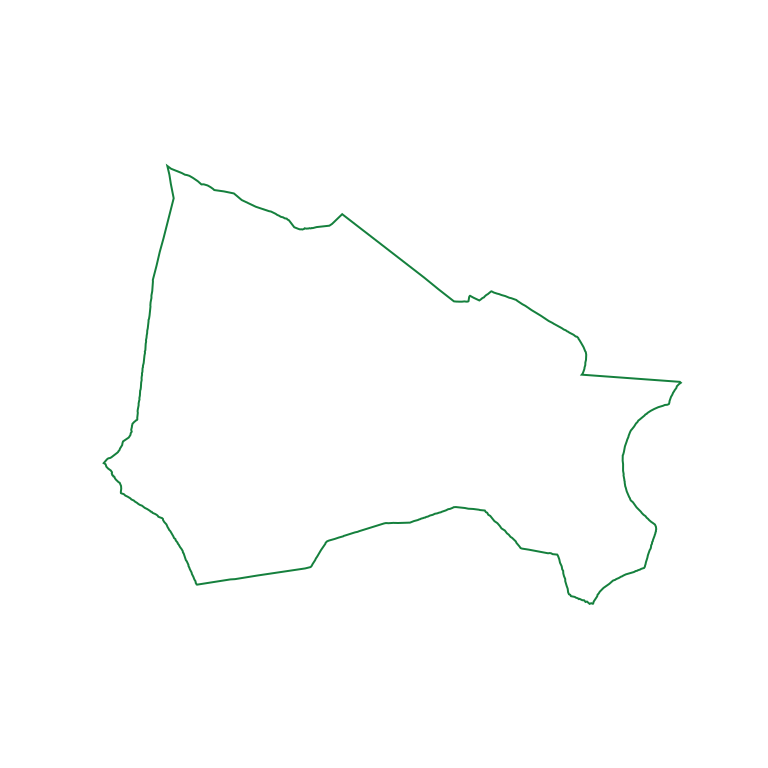 outline of Koumpentoum, Tambacounda, Senegal, rotated 258°
{"feature_id": "50182788B60464160168835", "entity_name": "Koumpentoum", "entity_type": "district", "adm_level": 2, "iso_a3": "SEN", "parent_name": "Senegal", "parent_adm1": "Tambacounda", "projection": "orthographic", "projection_center": [-14.431, 14.084], "detail": "fine", "context": "isolated", "style": "outline", "palette": "green", "viewbox_px": 768, "rotation_deg": 258, "n_neighbors": 0, "source": "geoboundaries", "source_scale": "gbopen_adm2", "svg_char_len": 6152}
<svg xmlns="http://www.w3.org/2000/svg" viewBox="0 0 768 768"><g transform="rotate(258 384 384)"><path d="M642.3,217.4L633.3,217.6L624.1,217.1L609.4,216.9L572.3,198.6L560.0,192.2L547.0,186.1L533.8,179.5L532.3,179.3L523.0,176.6L518.9,174.9L516.5,174.4L512.5,172.7L509.5,171.8L508.4,171.7L499.7,168.9L496.6,167.7L495.6,167.0L494.2,166.7L487.6,164.5L485.4,163.5L483.0,162.9L480.9,162.0L478.6,161.3L476.4,160.3L474.8,160.1L473.0,159.3L466.7,157.6L465.5,156.8L464.1,156.7L461.9,155.7L454.5,153.3L451.7,151.9L450.7,151.8L449.6,151.1L446.1,150.2L444.9,149.5L443.0,149.2L442.3,148.8L440.3,148.1L438.3,147.8L436.0,146.8L431.3,145.5L429.3,144.8L428.2,144.1L423.4,142.8L421.1,141.8L419.6,141.6L418.3,140.9L415.9,139.9L414.3,139.6L409.8,137.7L408.5,137.3L407.0,137.2L402.2,135.6L400.8,135.4L400.3,135.1L399.9,133.7L399.6,133.4L398.9,131.9L397.4,129.7L396.2,129.2L395.4,128.7L394.7,128.6L391.7,127.2L389.8,127.3L388.5,126.0L386.9,125.4L384.7,123.2L382.1,116.8L380.5,115.9L378.7,115.2L375.8,112.4L374.1,111.3L373.5,110.3L372.8,109.8L372.2,108.8L369.0,102.1L368.6,100.8L368.6,99.0L368.4,98.3L367.8,97.2L364.9,93.4L363.5,94.9L362.5,95.1L360.9,95.2L358.6,96.6L356.2,98.8L354.2,99.6L353.0,99.1L352.4,99.3L351.7,99.2L350.8,99.6L350.6,100.2L349.7,100.2L349.1,101.0L347.7,101.2L346.2,101.9L343.1,104.0L342.4,104.9L338.9,105.6L336.2,105.2L333.0,104.1L332.0,104.0L331.6,104.4L330.6,106.2L330.0,106.9L328.7,107.7L327.0,109.9L325.5,111.5L324.8,112.2L323.6,112.9L322.0,115.1L320.9,115.8L318.9,117.9L317.8,118.7L316.4,120.2L315.3,122.0L312.6,124.2L310.9,126.4L308.4,128.9L307.7,129.2L307.3,130.2L306.1,130.8L304.4,133.2L303.3,134.4L302.2,135.3L301.2,135.6L300.5,136.5L298.9,139.1L298.0,139.7L296.9,139.6L294.8,140.3L291.9,142.0L288.5,142.7L287.5,143.2L286.2,143.4L284.5,144.4L278.7,146.3L277.0,146.6L275.7,147.7L274.2,147.8L271.8,149.1L270.8,149.1L269.6,149.8L266.9,150.6L264.8,151.6L262.4,152.4L260.9,152.3L260.1,152.8L252.8,153.6L251.7,154.2L247.7,155.1L246.7,154.9L244.8,155.4L243.2,155.6L239.6,156.6L238.1,156.6L235.2,157.4L232.1,157.9L230.3,158.6L228.5,158.5L227.9,158.8L226.9,159.0L226.6,159.4L224.8,193.1L224.1,197.7L223.0,220.2L220.0,268.5L220.2,274.1L221.0,275.3L222.8,276.8L226.0,280.0L227.5,281.1L228.9,282.6L234.7,287.9L239.9,293.4L240.8,293.9L241.9,295.5L242.3,297.5L242.7,303.6L243.2,307.8L243.5,312.5L243.8,313.1L243.9,314.6L244.9,324.8L244.9,327.5L245.2,329.1L247.6,355.0L247.6,356.9L246.9,359.5L246.2,364.3L245.1,368.9L243.0,380.6L243.7,384.8L243.9,388.9L244.2,390.0L244.3,391.4L244.6,392.3L244.7,394.7L244.9,395.4L244.8,396.6L245.2,397.6L245.2,399.4L245.8,401.6L245.9,404.5L246.5,406.8L246.4,409.2L246.7,411.0L246.7,412.9L247.0,413.9L247.5,418.2L248.2,420.8L248.1,422.5L248.6,425.4L249.0,426.5L248.7,428.7L245.9,437.3L244.5,440.5L243.2,445.3L241.3,450.7L240.7,451.8L239.3,456.3L237.5,457.0L236.6,458.2L234.4,458.8L232.9,460.5L226.9,463.5L224.3,466.0L221.0,467.8L218.3,468.9L215.5,471.8L212.4,473.2L210.7,474.7L208.1,476.0L206.9,477.3L202.6,480.2L201.1,480.5L197.0,482.7L195.1,483.5L194.3,484.8L191.9,491.1L184.3,509.3L184.2,510.9L183.7,512.2L182.5,513.6L181.1,518.0L179.5,518.5L176.1,519.0L172.6,519.0L168.8,519.9L165.6,519.8L164.0,520.4L161.5,520.0L158.7,520.1L155.6,520.7L153.4,520.3L148.4,520.7L145.6,521.1L141.9,520.8L139.9,521.2L139.1,522.3L137.6,522.8L136.1,526.3L135.1,527.3L134.2,528.9L133.1,529.9L133.2,530.6L131.3,533.0L130.8,534.8L128.9,535.8L129.0,537.3L126.2,539.4L126.5,541.1L125.7,542.3L125.7,542.9L127.6,543.9L132.0,548.4L133.5,549.1L134.4,550.4L136.0,551.9L138.9,556.3L141.7,562.9L144.1,567.1L144.4,569.5L144.9,570.6L145.4,573.3L146.3,576.0L146.4,577.1L146.8,578.0L147.5,580.9L148.1,589.1L148.3,590.2L148.7,591.0L148.7,592.8L149.0,593.5L149.3,596.1L149.7,597.1L150.0,600.2L151.1,601.2L152.3,601.7L153.2,602.3L155.1,603.1L159.3,605.5L161.6,606.5L166.2,609.3L167.6,610.6L169.1,611.3L170.7,611.8L172.0,612.9L173.6,613.4L174.2,614.1L175.4,614.6L179.6,617.3L180.0,617.4L181.3,618.3L182.5,618.7L183.1,619.3L184.5,619.6L185.4,620.1L187.8,620.3L190.2,619.8L192.8,617.5L193.2,617.0L195.8,615.0L197.1,614.3L198.6,613.1L200.4,612.3L202.1,610.7L204.3,609.3L205.7,608.7L210.8,605.4L216.6,602.9L218.8,601.2L219.8,600.9L221.1,600.8L222.5,600.3L228.5,599.1L232.7,598.9L233.5,598.7L237.3,598.9L238.8,599.2L239.4,599.0L240.4,599.2L244.9,599.3L246.0,599.7L249.4,599.8L255.9,601.2L259.4,601.5L264.6,602.7L265.1,603.2L267.6,604.5L272.9,606.7L277.3,609.4L279.1,610.4L281.3,612.0L282.6,612.6L285.8,614.7L287.3,615.9L288.1,617.0L290.4,619.8L293.1,622.4L293.9,623.8L295.4,625.2L295.7,626.0L297.7,629.8L299.0,632.3L299.9,633.4L300.1,634.6L300.9,635.7L302.3,639.3L303.4,643.2L304.3,647.5L304.7,652.5L305.1,654.3L304.8,656.8L305.1,658.4L306.3,659.2L308.0,659.8L311.8,662.1L313.5,663.7L315.4,665.0L316.6,666.3L317.3,666.8L319.3,669.1L320.9,670.0L322.6,672.6L323.5,674.6L324.6,673.8L352.0,579.4L352.9,580.5L354.7,581.7L357.2,583.2L358.5,583.6L360.6,584.8L363.1,585.4L365.6,586.6L370.6,587.9L373.3,588.0L374.3,587.6L378.4,586.9L383.4,585.3L386.6,584.2L387.3,583.8L388.6,583.6L390.1,582.6L390.7,581.3L392.7,579.7L395.8,575.9L396.9,574.9L397.5,574.0L398.8,572.9L399.9,571.2L401.6,569.6L407.6,562.6L408.7,561.5L411.4,558.2L418.1,551.7L425.7,543.6L431.0,538.6L433.3,535.9L437.8,531.5L438.6,531.0L441.5,526.3L442.3,524.5L444.8,520.9L446.5,517.6L448.1,515.1L448.9,513.4L450.9,510.0L451.6,509.4L452.3,508.3L452.2,507.8L450.3,504.2L449.8,502.6L448.6,500.5L448.0,499.9L447.6,498.1L446.8,496.7L445.9,494.6L449.8,489.5L452.4,486.5L452.3,486.2L451.4,485.4L447.5,483.9L447.2,483.2L447.4,481.8L448.1,479.7L448.3,477.6L449.4,472.5L450.3,469.6L465.8,456.6L479.5,445.6L558.8,378.4L551.4,366.5L550.2,363.5L551.5,350.7L551.3,346.7L551.6,345.7L551.4,344.8L551.9,343.5L551.8,342.7L552.1,340.4L552.8,338.7L552.3,338.1L552.1,336.2L552.5,335.4L552.7,334.0L553.4,332.7L556.0,328.8L563.0,325.5L564.1,324.9L564.8,323.9L566.0,323.2L566.7,321.3L567.9,320.1L569.1,317.7L570.4,316.4L571.6,314.7L573.0,313.4L576.2,309.3L577.0,307.4L584.0,295.5L593.5,283.1L601.6,276.8L605.7,267.4L609.0,258.3L610.2,257.5L612.6,255.3L614.9,252.7L616.8,249.2L617.2,246.9L621.1,244.0L625.4,239.9L628.1,236.9L629.4,234.6L630.1,232.8L632.3,230.2L638.8,220.5L642.3,217.4Z" fill="none" stroke="#15803d" stroke-width="2"/></g></svg>